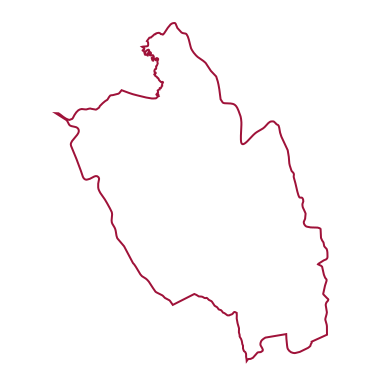 Sambú, Emberá, Panama
{"feature_id": "35544464B41200753641773", "entity_name": "Sambú", "entity_type": "district", "adm_level": 2, "iso_a3": "PAN", "parent_name": "Panama", "parent_adm1": "Emberá", "projection": "mercator", "projection_center": [-78.143, 7.844], "detail": "fine", "context": "isolated", "style": "outline", "palette": "rose", "viewbox_px": 384, "rotation_deg": 0, "n_neighbors": 0, "source": "geoboundaries", "source_scale": "gbopen_adm2", "svg_char_len": 5854}
<svg xmlns="http://www.w3.org/2000/svg" viewBox="0 0 384 384"><path d="M145.8,278.6L147.2,279.8L148.8,281.6L153.0,288.1L155.5,291.7L156.5,292.4L162.4,295.4L163.1,296.0L164.9,297.9L169.4,300.3L170.0,300.9L172.8,304.9L194.3,294.0L196.4,294.9L198.8,296.4L201.6,296.6L202.6,296.9L203.8,297.6L204.6,298.0L205.6,298.1L206.6,297.9L207.2,298.2L208.9,299.9L211.3,301.1L211.9,301.6L214.6,305.7L217.2,307.3L218.7,309.4L221.0,310.2L221.9,311.1L223.0,312.6L224.4,313.1L227.4,315.3L229.1,315.4L230.4,314.8L231.9,314.3L232.7,313.7L233.7,312.4L234.4,312.0L235.1,312.1L236.7,312.9L236.8,314.9L236.7,318.5L237.6,323.4L239.0,328.3L238.9,332.3L239.7,335.2L239.6,335.8L239.6,336.2L240.0,337.2L241.0,338.8L241.7,340.7L242.0,342.0L242.3,344.1L243.0,345.7L243.0,348.4L243.5,350.0L244.0,351.1L245.3,352.1L246.0,353.6L246.1,354.7L246.1,356.8L246.6,359.5L246.7,361.0L248.1,359.1L248.7,359.0L250.6,358.9L252.9,357.8L257.5,352.6L258.2,352.3L260.7,352.1L261.8,351.4L262.6,350.8L262.8,350.2L262.8,349.6L262.2,348.2L260.6,345.4L260.4,344.3L260.5,343.1L261.1,341.3L261.9,340.2L263.4,338.9L265.4,337.6L286.2,334.1L286.4,338.7L287.1,345.7L287.4,347.7L287.8,348.9L289.1,350.7L291.0,352.2L293.0,352.9L294.7,353.1L295.8,352.9L299.8,351.9L308.0,347.9L309.2,347.0L310.3,346.0L310.8,344.3L311.7,342.7L311.6,341.7L327.0,334.7L326.9,326.2L326.7,324.7L325.3,319.7L325.4,318.5L326.6,314.1L326.9,312.3L325.7,305.0L325.9,303.9L326.4,302.5L328.0,300.6L328.3,299.5L328.1,299.1L327.1,298.2L323.7,294.7L323.3,294.2L323.2,293.8L325.0,285.7L326.5,281.0L326.6,279.9L326.4,279.3L325.1,277.7L323.9,274.7L322.1,266.7L321.1,265.8L318.0,264.3L318.2,264.0L318.7,263.6L323.7,260.4L326.1,259.4L327.1,258.4L327.4,257.6L327.5,256.6L327.4,252.4L327.1,250.4L326.6,248.9L324.8,247.0L324.2,246.1L323.5,242.5L322.1,240.4L321.0,237.9L320.6,229.3L320.4,228.7L319.3,228.1L317.6,227.6L310.7,227.4L307.0,226.7L306.0,226.3L305.3,225.7L304.6,224.8L304.0,223.7L303.8,222.7L303.8,221.8L305.1,218.8L305.6,213.7L305.2,212.5L302.8,207.3L302.5,205.8L302.4,204.1L303.3,201.4L303.1,199.5L302.6,198.4L302.1,197.8L301.5,197.6L300.0,197.6L299.4,197.3L298.9,196.4L298.3,194.9L297.3,191.4L295.4,183.2L293.8,177.4L293.7,176.5L293.9,174.6L293.8,173.8L293.3,172.8L291.7,171.1L291.4,170.5L289.8,165.6L289.3,163.3L288.8,156.9L287.7,150.2L281.4,136.7L280.1,132.7L279.2,127.6L278.6,125.7L278.0,125.0L276.4,124.2L275.9,123.5L274.0,121.7L273.2,121.4L272.0,121.4L270.9,121.5L269.9,121.9L268.3,123.1L264.6,127.1L262.9,128.5L257.1,131.9L255.4,133.1L253.3,135.0L247.2,141.4L245.5,142.9L244.3,143.7L243.3,144.1L242.5,144.1L241.8,143.7L241.4,142.9L241.1,142.0L240.9,139.6L240.9,135.8L241.4,124.9L241.4,122.3L241.1,119.2L240.7,117.0L240.4,115.9L238.5,110.7L237.2,107.8L236.1,106.1L235.2,105.2L234.3,104.5L232.9,103.9L230.7,103.5L224.3,103.2L223.4,102.9L222.7,102.5L220.6,99.3L219.3,89.2L218.5,84.7L217.8,81.6L216.2,76.5L210.9,70.9L205.9,63.3L205.4,62.7L203.3,60.9L197.7,57.0L196.0,55.4L193.7,52.7L192.1,50.3L191.1,48.4L190.4,45.9L188.8,39.5L187.8,36.5L186.8,34.7L186.3,34.0L185.6,33.6L182.8,33.1L181.5,32.5L177.4,28.0L175.6,23.7L175.2,23.3L174.8,23.0L173.3,23.1L172.2,23.4L170.6,24.4L167.8,27.8L164.3,33.1L163.3,34.3L163.0,34.5L162.5,34.5L161.9,34.1L161.3,34.2L160.8,34.1L160.1,33.3L158.9,32.8L157.1,33.1L156.1,33.4L155.5,34.2L154.6,34.2L152.1,36.5L151.4,36.9L151.1,37.4L150.4,37.6L149.4,37.7L146.9,41.1L147.7,41.7L148.1,42.6L148.2,44.8L148.0,45.7L146.9,46.3L143.0,46.6L142.1,46.8L144.3,48.4L144.2,49.1L143.7,49.8L143.5,50.0L142.7,50.2L142.6,50.4L142.7,50.6L143.4,50.6L144.0,51.1L144.8,54.2L145.2,54.8L145.4,54.8L145.5,54.7L145.2,52.9L145.5,51.6L145.9,51.2L147.1,50.2L148.3,49.7L148.7,49.8L149.1,50.2L149.1,50.9L148.5,52.5L147.0,54.7L147.1,55.2L147.5,55.5L147.8,55.5L148.8,53.0L149.5,52.4L150.1,52.1L150.8,52.6L151.0,53.3L150.7,53.9L150.0,54.7L150.0,55.2L150.3,55.4L152.6,55.2L153.0,55.3L153.2,55.5L153.8,56.6L153.7,57.3L153.3,57.5L152.2,57.5L151.9,57.7L151.7,58.0L152.2,59.7L152.6,60.5L153.1,60.6L153.4,59.3L154.4,58.8L154.8,58.7L155.0,58.9L155.5,60.1L156.3,59.8L156.2,58.7L156.5,58.2L156.9,58.1L157.4,58.3L157.9,58.6L158.1,58.9L158.1,59.6L157.3,61.4L157.7,63.5L156.8,65.8L156.1,66.3L156.2,68.3L155.9,69.0L155.1,69.2L154.9,69.4L154.4,70.8L154.5,71.9L155.6,72.6L155.7,73.3L155.5,73.5L154.8,73.5L154.3,74.5L154.5,74.7L154.7,74.3L154.9,74.3L155.3,75.9L156.8,76.9L157.5,77.9L157.8,77.9L158.5,78.6L158.8,79.6L159.2,80.2L160.8,81.9L161.3,82.0L162.5,81.9L162.9,82.1L163.0,82.4L162.1,84.0L162.2,85.8L161.7,86.1L161.6,86.7L160.8,88.1L159.8,88.1L159.6,89.4L159.2,89.4L157.7,90.5L158.1,92.1L158.0,92.6L157.4,93.2L157.7,93.6L156.5,94.3L156.4,94.5L156.6,94.9L157.1,95.2L157.9,94.6L158.3,94.7L158.5,95.0L158.4,95.7L158.7,96.1L157.9,96.5L156.4,98.0L155.9,98.3L155.1,98.4L152.0,98.5L146.1,97.5L137.4,95.4L132.8,94.2L129.2,93.0L121.6,90.2L119.3,93.1L118.4,93.7L112.9,95.1L111.0,95.3L110.2,95.6L109.0,97.1L107.8,99.1L107.3,99.8L105.2,101.1L102.7,103.2L99.8,106.1L99.2,107.4L98.8,107.8L96.5,109.4L95.8,109.6L91.8,108.9L90.1,108.5L88.5,108.8L86.5,109.4L85.1,109.4L81.8,109.0L80.0,109.4L78.3,110.3L76.3,112.3L74.4,115.1L73.0,117.8L72.3,118.8L69.5,119.9L67.9,119.5L65.9,118.6L63.3,116.9L60.5,114.7L58.5,113.3L55.7,113.2L66.5,120.1L67.3,121.1L69.1,124.6L70.0,125.5L71.4,126.1L75.0,126.9L76.4,127.3L77.5,128.0L78.3,129.0L78.7,130.0L78.8,131.0L78.7,131.9L78.2,133.2L77.2,134.8L72.1,141.0L71.2,142.7L70.9,143.5L70.8,144.6L71.1,146.0L76.5,159.1L80.9,170.9L82.9,176.8L83.7,178.2L84.6,179.1L85.2,179.4L86.2,179.7L87.5,179.5L89.9,178.8L94.1,176.6L95.5,176.1L96.4,176.1L97.3,176.3L98.2,177.0L98.7,177.5L99.1,178.9L98.2,183.7L98.2,187.4L98.5,189.1L99.3,191.0L100.3,192.9L104.9,199.5L107.2,203.4L110.0,208.5L111.8,212.2L112.0,213.5L112.1,214.6L111.6,220.3L111.8,222.3L112.3,223.7L114.6,227.6L115.3,229.3L115.7,230.9L116.5,235.8L117.1,237.7L117.4,238.4L124.1,246.3L133.0,263.1L134.2,264.4L135.9,266.9L140.4,274.4L142.0,276.2L145.8,278.6Z" fill="none" stroke="#9f1239" stroke-width="2"/></svg>